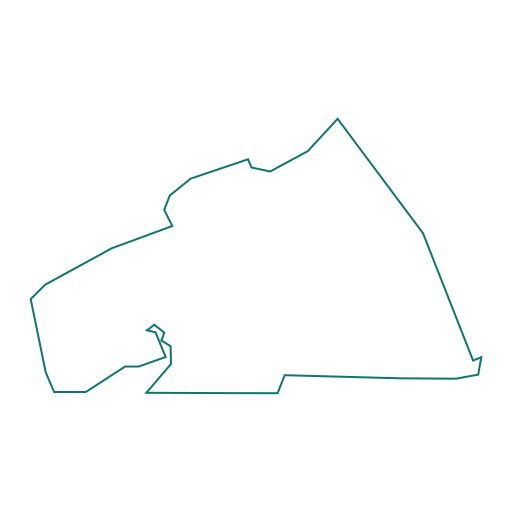 outline of Washington, Virginia, United States of America
{"feature_id": "52423323B33364650574502", "entity_name": "Washington", "entity_type": "district", "adm_level": 2, "iso_a3": "USA", "parent_name": "United States of America", "parent_adm1": "Virginia", "projection": "equal_earth", "projection_center": [-82.018, 36.762], "detail": "fine", "context": "isolated", "style": "outline", "palette": "teal", "viewbox_px": 512, "rotation_deg": 0, "n_neighbors": 0, "source": "geoboundaries", "source_scale": "gbopen_adm2", "svg_char_len": 578}
<svg xmlns="http://www.w3.org/2000/svg" viewBox="0 0 512 512"><path d="M146.4,392.8L224.6,393.1L277.6,393.2L284.7,375.2L344.2,376.8L400.0,378.3L455.9,378.7L478.2,374.6L481.3,357.2L473.1,360.6L423.0,233.2L397.5,199.1L337.6,118.8L307.8,151.1L270.2,171.5L251.5,167.5L248.0,159.3L190.7,178.6L169.8,195.5L164.2,209.8L172.3,226.0L111.9,248.2L45.3,284.6L30.7,299.1L45.7,372.3L54.1,392.0L85.8,392.0L125.2,366.5L138.8,366.5L165.7,357.0L155.5,332.3L147.0,330.3L154.3,324.7L164.3,332.7L161.4,340.5L170.6,346.2L171.0,364.0L146.4,392.8Z" fill="none" stroke="#0f766e" stroke-width="2"/></svg>